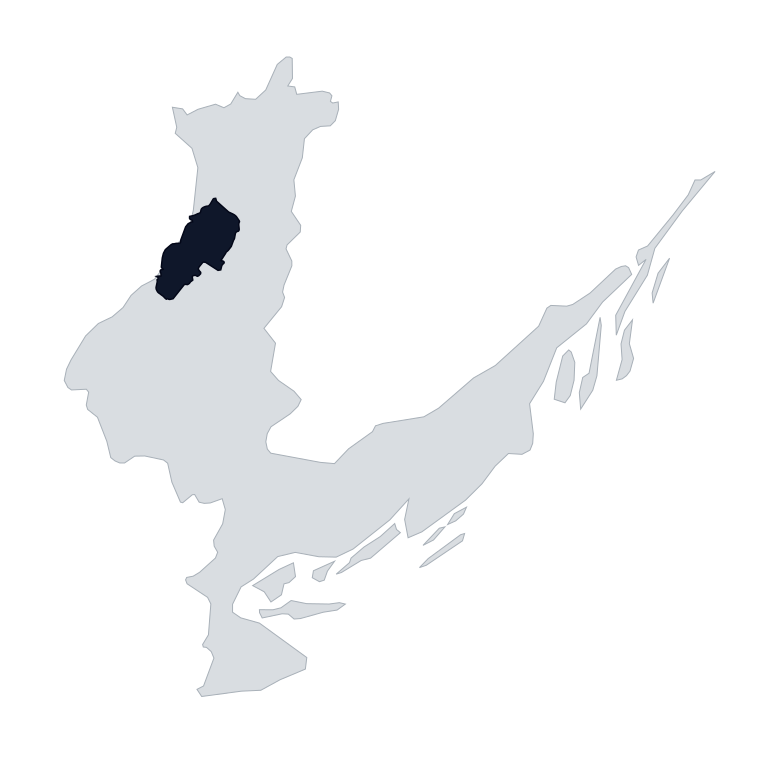 Viroviticko-Podravska on a map of Croatia (orthographic projection), rotated 273°
{"feature_id": "HRV-1606", "entity_name": "Viroviticko-Podravska", "entity_type": "County", "adm_level": 1, "iso_a3": "HRV", "parent_name": "Croatia", "parent_adm1": "", "projection": "orthographic", "projection_center": [17.571, 45.727], "detail": "fine", "context": "in_parent", "style": "filled", "palette": "ink", "viewbox_px": 768, "rotation_deg": 273, "n_neighbors": 0, "source": "natural_earth", "source_scale": "10m", "svg_char_len": 5697}
<svg xmlns="http://www.w3.org/2000/svg" viewBox="0 0 768 768"><g transform="rotate(273 384 384)"><path d="M69.3,213.2L73.0,219.6L101.4,228.5L107.7,225.5L111.7,220.5L111.9,217.3L114.4,216.5L124.3,221.8L155.3,222.6L161.7,219.0L174.2,197.8L178.0,196.1L180.5,197.1L182.1,203.5L186.3,209.7L201.4,224.8L207.3,226.7L213.2,222.9L219.2,222.0L235.9,230.2L250.3,232.1L261.0,228.4L256.1,216.7L255.4,210.7L256.3,205.6L263.7,200.7L263.4,198.4L254.9,189.2L255.4,186.9L274.9,177.3L293.6,172.1L296.6,167.8L299.6,148.9L298.9,138.8L291.6,129.1L291.3,124.3L293.1,119.4L296.2,115.0L312.3,110.2L335.8,99.6L343.1,89.4L347.4,87.8L360.4,89.5L363.2,87.0L361.7,72.2L364.0,68.5L370.8,64.5L382.2,66.2L391.7,70.2L416.4,83.5L429.5,95.6L436.8,109.0L446.7,119.4L459.3,126.8L469.2,136.8L476.6,149.3L486.9,156.4L500.2,157.9L508.7,162.2L512.2,169.3L519.5,175.7L530.4,181.4L547.5,184.5L590.3,186.8L609.3,179.9L623.4,162.4L629.5,163.6L649.3,158.2L648.2,168.5L642.4,173.3L648.6,183.9L654.6,201.1L651.5,209.7L655.6,216.3L667.7,222.8L664.4,224.9L661.7,230.6L661.6,240.9L671.4,250.5L697.6,260.7L705.4,269.2L705.6,272.8L704.3,275.3L684.3,276.6L676.6,272.3L676.0,279.3L668.7,281.7L673.2,307.0L671.8,314.4L669.1,316.9L663.4,315.7L661.9,318.1L663.3,323.5L656.0,324.3L644.4,321.6L639.0,316.8L637.9,307.1L634.1,299.5L624.8,291.7L605.6,290.6L583.2,283.3L567.0,285.7L551.5,282.4L538.1,292.5L531.4,292.4L517.8,279.9L513.8,279.1L502.0,285.5L497.2,285.8L477.6,279.0L470.5,277.9L465.2,280.2L455.8,277.7L433.3,261.2L419.1,273.5L390.6,270.1L382.0,278.5L372.1,294.5L364.1,302.1L357.2,299.2L349.3,291.9L335.4,273.4L328.3,270.0L320.1,269.0L312.9,270.9L309.0,274.5L302.4,324.6L301.9,338.7L317.5,352.1L335.8,375.0L341.8,377.7L344.6,385.1L353.3,425.5L362.7,439.8L394.7,473.1L408.3,494.2L449.8,535.4L468.3,542.7L471.2,546.5L471.3,562.4L473.3,568.3L485.6,585.0L510.9,609.3L513.8,614.9L514.7,619.1L513.0,622.2L506.4,625.6L477.3,598.0L454.6,583.0L429.2,554.6L395.0,543.1L371.9,530.4L342.1,535.7L332.5,535.6L325.7,533.3L321.0,525.5L321.1,511.9L307.8,499.3L289.5,487.1L272.3,471.5L238.3,429.5L231.7,416.1L249.8,411.7L270.6,414.9L248.6,396.9L217.6,361.8L208.6,345.3L208.1,327.9L211.2,304.1L206.1,286.9L182.4,263.9L173.9,251.9L156.2,244.3L148.2,244.7L143.0,253.1L138.7,272.1L106.8,321.2L95.2,320.4L83.3,295.8L71.7,277.0L69.8,257.7L62.4,218.3L69.3,213.2ZM604.0,683.9L604.3,689.6L613.6,703.5L572.3,672.7L533.7,647.4L506.4,641.3L469.1,620.8L444.9,613.4L464.8,611.8L522.2,639.2L515.8,632.0L524.1,629.1L531.1,631.1L535.6,640.0L568.1,663.9L588.8,677.9L604.0,683.9ZM163.3,350.9L162.2,356.9L155.8,349.0L152.9,335.2L145.4,312.8L144.6,306.5L149.2,300.5L149.2,294.3L144.0,274.6L149.1,271.7L152.1,271.4L152.7,284.9L155.1,292.8L162.9,302.6L160.6,318.2L161.4,340.7L163.3,350.9ZM200.7,302.9L187.0,305.7L180.7,299.5L179.2,294.6L168.1,292.6L160.4,282.5L170.2,275.3L175.8,263.4L193.3,288.9L200.7,302.9ZM415.6,573.4L397.7,573.6L382.2,570.6L374.7,565.7L377.7,554.8L395.0,555.9L421.3,561.0L427.7,566.7L425.7,569.3L415.6,573.4ZM461.9,596.3L453.9,597.9L403.4,596.2L388.7,592.8L369.2,581.7L385.6,579.5L400.9,582.1L405.5,588.2L461.9,596.3ZM239.4,404.1L236.4,408.1L209.4,379.7L206.6,370.5L193.5,351.3L191.6,346.2L203.8,358.9L208.4,360.2L220.1,372.5L231.4,388.2L245.2,402.0L239.4,404.1ZM399.9,615.9L420.9,620.5L436.4,618.6L450.3,621.3L461.1,628.8L437.1,626.9L422.6,631.9L409.8,629.0L405.0,625.7L401.6,621.6L399.9,615.9ZM237.5,468.4L238.9,472.3L231.5,470.6L205.2,435.7L202.5,429.0L212.0,437.3L237.5,468.4ZM193.8,323.3L204.4,343.9L194.2,337.3L185.0,334.6L183.2,329.9L186.8,322.5L193.8,323.3ZM509.0,651.9L524.6,662.6L478.8,648.5L488.9,647.0L509.0,651.9ZM258.2,461.0L265.3,472.8L258.3,470.2L251.1,462.8L247.0,454.9L258.2,461.0ZM242.9,446.8L244.5,452.3L230.8,441.6L224.9,431.4L242.9,446.8Z" fill="#d9dde1" stroke="#a8b0b8" stroke-width="1"/><path d="M476.1,151.9L477.2,152.8L478.4,153.1L479.5,151.1L480.1,153.8L480.0,155.2L480.3,155.7L482.5,155.5L485.1,154.5L486.2,155.0L486.9,157.5L487.5,157.1L487.9,156.6L488.2,156.1L489.1,155.5L498.4,156.0L503.0,156.9L506.9,158.7L512.1,164.2L512.9,165.6L513.0,166.9L513.6,169.2L513.7,171.0L513.8,171.8L514.0,172.9L514.9,173.4L517.4,173.6L530.6,177.7L533.8,180.0L535.9,183.6L536.0,184.3L537.3,184.0L537.9,182.9L538.4,181.7L539.4,181.1L541.2,181.1L542.0,184.1L543.0,186.7L544.3,189.0L544.8,190.4L545.3,191.3L545.8,191.7L548.8,192.3L549.4,192.6L550.1,193.2L550.9,194.2L551.8,196.0L552.2,197.2L552.4,198.2L552.5,199.3L553.3,200.1L554.5,201.0L559.9,203.8L560.1,204.1L560.3,204.4L560.6,206.2L557.8,207.2L547.6,219.9L545.9,224.1L545.0,225.9L544.2,227.0L543.5,227.8L539.7,230.7L539.0,231.1L538.4,231.2L538.0,231.0L537.2,230.7L535.4,230.6L531.7,231.2L530.6,231.3L529.7,231.1L529.1,230.7L528.8,230.1L528.6,229.4L528.2,228.7L527.5,228.1L526.4,227.7L521.6,227.1L520.5,226.7L519.6,226.2L513.4,224.3L509.6,221.7L508.8,221.0L507.5,219.6L507.1,219.3L506.4,219.1L498.9,214.8L498.6,214.8L498.5,215.1L498.5,216.3L498.3,216.8L498.1,217.3L497.5,217.9L497.1,218.0L496.6,218.0L496.1,217.7L495.8,217.4L495.5,217.0L494.7,216.5L494.0,215.9L489.4,215.0L488.8,212.3L496.2,199.4L496.3,197.3L495.9,196.6L491.5,193.4L490.6,192.9L489.7,192.6L489.0,192.6L488.6,192.7L487.9,193.4L487.3,193.7L486.4,194.7L485.9,195.1L484.5,195.1L482.5,193.4L482.1,192.7L481.8,192.2L481.9,191.6L482.5,190.5L482.6,189.7L482.5,188.9L482.1,187.7L481.6,187.1L481.1,186.9L477.9,187.6L477.7,187.6L477.5,187.3L476.9,186.7L475.9,185.4L474.3,184.4L473.5,183.4L473.0,182.6L473.0,182.1L473.1,180.9L473.1,180.2L472.9,179.4L458.1,168.9L457.3,166.0L457.2,165.2L457.3,164.7L457.8,163.6L457.8,163.3L457.3,162.4L457.5,161.8L458.2,160.9L460.0,159.0L463.2,154.1L463.8,153.4L464.4,152.9L466.4,151.7L467.5,151.4L468.6,151.3L474.2,152.2L475.3,152.1L476.0,152.0L476.1,151.9Z" fill="#0f172a" stroke="#020617" stroke-width="1.5"/></g></svg>